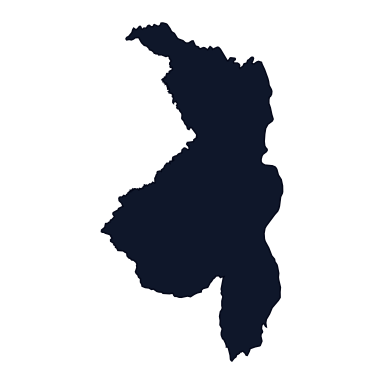 outline of Honda, Tolima, Colombia
{"feature_id": "7082276B8188549982747", "entity_name": "Honda", "entity_type": "district", "adm_level": 2, "iso_a3": "COL", "parent_name": "Colombia", "parent_adm1": "Tolima", "projection": "robinson", "projection_center": [-74.812, 5.18], "detail": "fine", "context": "isolated", "style": "filled", "palette": "ink", "viewbox_px": 384, "rotation_deg": 0, "n_neighbors": 0, "source": "geoboundaries", "source_scale": "gbopen_adm2", "svg_char_len": 5958}
<svg xmlns="http://www.w3.org/2000/svg" viewBox="0 0 384 384"><path d="M203.4,47.6L200.7,48.7L199.8,48.7L199.0,48.0L198.4,46.9L195.4,46.0L193.1,40.9L191.9,41.0L188.5,43.1L186.2,43.1L185.1,42.6L183.0,40.7L178.3,39.0L177.2,38.1L174.3,33.4L172.1,32.1L171.2,31.1L170.1,28.8L167.1,24.5L166.0,23.8L162.9,23.0L161.1,23.1L160.1,25.5L158.5,26.2L157.9,26.3L154.3,24.6L153.8,25.0L153.2,26.6L151.0,26.9L149.5,25.4L148.6,25.4L147.6,26.0L146.4,28.2L143.9,28.1L142.3,29.4L141.3,29.1L141.0,27.3L140.1,26.3L139.3,26.6L137.6,28.7L136.4,29.6L135.4,29.5L133.7,28.2L132.8,29.6L132.0,32.5L128.7,36.5L127.0,37.3L126.4,38.0L126.0,38.9L126.7,39.9L129.2,39.4L131.4,39.9L133.5,39.0L135.3,37.7L138.7,37.5L141.6,42.7L144.2,45.3L146.7,46.0L149.0,48.3L149.5,49.7L151.7,50.4L153.7,52.1L154.3,53.3L155.1,53.2L156.0,53.9L157.6,53.6L158.7,54.9L161.5,54.7L165.9,56.5L168.2,55.8L169.3,56.9L169.4,58.4L171.3,61.0L169.8,62.9L169.7,64.3L170.5,65.5L170.1,66.7L170.4,67.3L172.2,67.3L172.4,69.3L171.9,70.1L169.5,71.3L169.5,72.1L169.2,72.2L169.5,72.8L169.0,73.5L166.8,73.6L165.6,77.6L164.5,77.2L164.1,78.5L162.7,79.0L162.0,79.8L163.3,80.5L163.0,81.7L164.4,81.9L164.4,83.0L165.9,83.1L165.5,84.2L166.7,83.8L166.7,85.0L167.4,85.3L167.2,86.5L168.1,86.5L167.7,87.5L167.7,89.1L168.2,89.1L168.8,88.1L169.2,88.3L169.4,90.9L168.5,91.6L169.4,92.1L169.2,92.8L171.6,93.4L172.2,93.7L172.4,94.6L173.3,95.0L173.1,95.7L172.3,96.2L172.5,96.8L173.2,97.2L173.5,98.3L172.9,100.7L172.9,102.6L173.4,103.1L173.4,102.0L175.0,101.8L175.9,101.2L177.4,103.4L177.5,104.2L176.6,105.4L177.3,106.6L176.8,107.8L177.9,108.8L179.1,108.9L179.9,111.0L181.9,113.4L182.1,115.6L181.8,118.3L182.5,119.6L183.4,120.3L184.0,121.3L185.0,123.8L186.8,125.7L187.5,128.5L188.0,129.1L189.0,129.5L190.1,127.6L191.1,127.4L191.7,127.7L196.6,134.3L196.8,135.0L196.5,136.6L196.9,137.4L193.9,139.7L193.8,141.1L193.0,141.8L187.5,142.5L187.7,143.5L186.9,143.5L186.7,144.1L187.6,145.4L189.0,145.6L188.6,146.6L189.2,147.6L189.2,148.8L188.8,149.5L187.2,149.6L185.5,148.3L184.2,148.0L182.1,149.9L181.8,152.7L178.5,154.0L176.7,155.9L175.2,156.1L172.9,157.3L172.5,159.3L172.7,159.8L173.6,159.5L173.8,160.1L173.6,160.5L172.3,160.7L172.1,161.3L170.0,161.3L169.7,162.4L169.9,163.4L169.2,163.1L166.6,163.4L165.7,165.0L165.0,165.4L163.8,168.2L161.5,169.9L161.3,171.4L159.8,171.1L157.6,171.6L157.2,172.2L157.2,173.8L156.3,174.9L155.7,176.9L154.9,178.2L155.1,182.4L154.6,183.2L152.6,182.3L151.8,183.6L150.7,184.1L149.8,183.9L147.4,185.8L146.6,185.1L145.3,185.8L145.0,185.1L144.4,184.9L144.1,186.3L143.0,187.2L142.9,188.4L142.0,188.3L141.3,188.9L139.6,188.5L139.4,189.6L138.8,189.9L137.8,188.9L137.0,189.4L135.7,188.9L134.3,188.8L133.8,189.5L132.9,189.0L132.8,189.8L132.1,189.7L132.0,190.6L130.4,190.3L130.6,191.6L129.4,191.5L129.0,192.5L128.0,192.9L127.8,194.1L126.7,194.5L126.0,195.8L125.3,196.1L123.8,195.4L122.0,197.2L120.7,197.0L119.4,197.3L118.9,198.4L119.2,200.7L121.7,203.1L123.0,206.4L118.6,208.5L118.1,210.0L113.5,212.5L113.0,213.1L113.0,214.3L114.4,216.2L114.2,217.1L111.7,219.8L110.6,220.1L109.9,222.0L108.6,222.5L107.6,223.5L105.6,223.6L104.8,227.4L101.6,230.0L101.4,231.7L102.3,232.2L104.5,232.4L105.1,233.1L108.8,234.2L110.6,235.1L110.9,236.4L112.2,238.1L110.6,239.8L110.7,241.3L114.1,243.5L114.2,243.9L113.8,244.7L115.5,245.7L115.5,247.3L116.8,248.1L117.9,250.4L123.2,250.8L124.9,252.1L126.3,252.7L126.8,253.2L127.1,255.9L128.8,257.9L130.5,258.5L131.6,259.9L133.7,260.2L136.0,262.2L137.1,264.2L136.6,265.3L136.9,267.6L135.5,271.8L136.3,273.5L137.9,275.0L138.6,277.2L140.5,278.7L140.5,282.1L141.8,284.4L142.1,286.2L145.2,287.5L149.1,288.0L151.4,289.4L153.5,289.0L156.9,291.4L159.1,292.0L161.7,292.1L163.0,293.3L169.5,293.7L172.5,293.2L173.3,293.9L173.9,295.4L174.8,296.3L176.5,296.3L179.1,297.2L181.4,297.3L187.6,296.0L190.5,296.7L194.4,294.2L197.4,292.8L201.2,291.9L201.4,290.0L203.1,288.5L207.7,287.3L210.3,282.4L211.2,281.7L213.0,278.9L214.3,278.0L216.0,276.0L218.7,275.6L220.5,277.5L221.4,277.0L224.0,276.6L223.4,277.6L221.3,288.7L221.3,289.8L221.9,291.1L221.3,292.5L221.3,293.7L222.7,295.9L222.9,297.1L221.9,301.0L221.9,305.7L222.4,308.0L221.6,310.0L220.4,311.7L219.6,316.4L220.3,320.7L220.0,324.9L222.3,328.8L221.3,332.7L221.3,334.9L221.6,336.0L222.7,338.8L223.5,338.9L225.6,343.1L226.5,346.1L226.4,347.0L227.5,347.0L228.3,347.7L230.2,355.4L230.5,359.3L231.1,360.4L231.9,361.0L234.0,358.3L235.9,356.9L236.8,354.4L237.9,354.2L239.3,353.3L240.2,351.9L241.3,351.9L242.2,351.2L242.9,351.1L245.1,353.2L246.2,355.2L247.2,355.4L249.2,351.4L250.0,348.9L250.4,348.5L255.1,346.8L259.7,345.8L260.2,345.4L261.9,341.1L260.8,336.2L261.2,333.4L262.3,332.6L262.5,331.4L261.4,328.9L261.7,325.7L262.5,324.1L263.7,323.6L264.4,324.2L265.6,326.4L266.3,326.8L265.7,322.9L266.3,319.3L269.5,313.9L272.1,307.7L278.3,300.4L280.1,297.5L280.0,292.0L280.4,287.4L278.6,279.7L278.3,277.2L278.7,273.3L277.4,266.4L276.9,264.7L274.9,261.7L274.5,259.2L271.7,255.8L268.7,248.0L265.1,241.4L264.4,239.0L264.0,233.5L264.9,228.3L266.2,225.9L274.6,214.6L277.6,211.2L278.7,208.8L279.4,206.2L280.6,196.8L282.3,193.3L282.6,191.7L282.5,185.8L281.2,179.6L278.3,175.0L276.8,169.4L276.0,168.0L275.0,166.9L272.3,165.8L264.9,165.1L262.2,163.5L261.1,161.6L261.1,159.0L262.0,155.8L263.0,154.2L266.4,151.6L267.2,150.1L267.0,149.1L265.6,147.5L264.7,145.8L264.2,141.4L264.7,134.1L265.6,128.4L267.9,124.2L272.3,120.9L273.1,119.1L271.7,114.4L270.3,107.7L268.8,103.4L268.8,99.8L269.3,97.2L270.5,96.2L271.5,94.3L271.8,91.3L271.3,89.5L269.1,85.4L268.5,81.3L267.7,78.3L264.5,69.5L262.0,64.2L261.4,62.3L258.5,61.4L256.8,62.0L254.0,64.0L252.5,63.7L252.0,63.2L252.0,62.4L253.1,60.0L253.5,58.3L253.0,57.4L252.0,57.2L250.9,57.8L249.0,59.7L247.7,60.4L246.8,63.1L244.1,63.8L243.1,66.1L239.9,68.5L239.4,67.5L239.6,65.1L238.8,63.9L237.4,63.1L233.8,63.1L233.4,61.8L234.0,60.3L235.2,59.7L235.3,58.8L234.9,58.3L230.7,57.8L229.8,58.3L229.5,59.2L228.0,60.9L227.2,60.7L220.4,49.3L218.6,47.4L217.4,47.2L212.6,49.4L211.8,47.8L210.1,46.6L207.6,49.9L204.7,47.8L203.4,47.6Z" fill="#0f172a" stroke="#020617" stroke-width="1.5"/></svg>